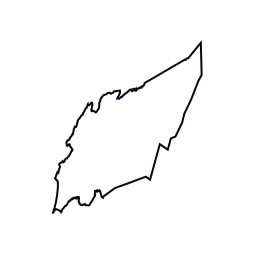 Húnavatnshreppur, Norðurland vestra, Iceland, rotated 285°
{"feature_id": "244011B27584551294957", "entity_name": "Húnavatnshreppur", "entity_type": "district", "adm_level": 2, "iso_a3": "ISL", "parent_name": "Iceland", "parent_adm1": "Norðurland vestra", "projection": "equal_earth", "projection_center": [-19.834, 65.207], "detail": "fine", "context": "isolated", "style": "outline", "palette": "ink", "viewbox_px": 256, "rotation_deg": 285, "n_neighbors": 0, "source": "geoboundaries", "source_scale": "gbopen_adm2", "svg_char_len": 5238}
<svg xmlns="http://www.w3.org/2000/svg" viewBox="0 0 256 256"><g transform="rotate(285 128 128)"><path d="M117.4,172.0L129.1,172.1L131.9,176.0L147.1,178.9L156.4,178.7L172.2,181.7L191.8,183.8L198.3,185.4L229.2,176.3L211.0,168.1L210.9,167.4L210.7,167.2L210.1,166.8L209.4,166.3L208.7,166.1L208.7,165.9L208.8,165.8L208.9,165.3L208.7,165.1L208.6,164.9L208.4,164.8L207.8,164.2L207.6,164.1L198.2,154.7L175.7,132.4L174.4,132.5L172.9,132.0L172.4,131.9L171.9,131.5L171.9,131.4L172.1,131.3L172.1,131.0L171.6,130.7L171.5,130.4L171.3,130.4L171.5,130.4L171.4,130.3L171.2,130.3L171.0,130.2L170.8,130.3L170.8,130.2L170.5,130.2L170.1,129.9L170.0,129.6L169.9,129.5L170.1,129.3L170.1,129.2L169.8,129.2L169.4,128.7L169.6,128.6L169.4,128.4L169.2,127.9L168.9,127.8L168.9,127.6L168.5,127.2L168.3,127.1L168.0,126.9L167.6,126.6L167.3,126.5L167.7,126.3L167.8,126.2L167.2,125.8L166.6,125.7L166.9,125.6L166.4,125.5L166.5,125.3L166.5,125.2L166.1,125.2L166.5,125.1L166.1,125.0L166.1,124.9L166.8,125.0L167.0,124.9L167.1,124.6L167.0,124.4L167.5,124.1L167.4,123.9L167.0,123.7L166.7,123.2L166.3,123.1L166.7,122.9L166.4,122.7L165.8,122.5L164.9,122.4L164.7,122.2L165.1,121.9L165.8,121.5L165.4,121.2L165.3,120.8L165.7,120.6L165.6,120.1L165.4,119.8L164.8,119.6L163.9,119.0L163.4,118.8L162.9,118.4L162.3,118.1L161.7,117.4L160.9,117.1L160.6,116.7L160.2,116.5L159.9,116.2L160.0,116.0L158.6,115.3L158.4,115.0L157.8,114.8L157.8,114.6L157.6,114.4L156.9,114.3L156.7,114.2L156.8,114.0L156.1,113.6L156.0,113.4L156.0,113.1L155.3,112.8L154.7,112.3L154.1,111.9L153.9,111.7L153.9,111.4L154.3,111.1L153.9,110.9L153.9,110.4L154.0,110.2L153.9,110.0L154.9,110.2L157.4,110.8L159.6,111.2L160.1,111.2L160.7,111.0L162.0,110.5L159.7,104.9L158.3,104.6L158.0,104.2L157.8,103.7L156.7,102.6L157.4,101.3L157.3,100.9L156.9,99.8L155.9,98.7L154.9,98.2L153.3,95.7L149.7,94.2L149.3,94.1L148.3,94.1L146.0,94.2L144.7,93.7L141.3,94.7L140.2,94.7L139.3,94.6L136.6,93.8L135.3,93.3L134.8,93.0L134.7,92.5L134.9,92.1L135.0,91.8L135.3,91.3L135.5,90.0L135.6,89.6L135.1,89.3L134.9,88.9L135.0,88.8L135.3,88.6L135.2,88.4L135.4,88.3L135.4,88.2L136.5,87.8L137.8,87.9L138.5,87.8L141.5,87.5L142.6,87.1L142.9,86.9L143.1,86.4L143.1,86.2L142.9,86.0L142.0,85.7L141.1,85.3L139.9,84.4L139.9,84.0L140.1,83.1L140.4,83.0L140.1,82.9L139.4,82.9L138.7,83.1L137.2,82.9L136.8,82.7L136.7,82.5L136.0,82.1L134.0,81.6L132.4,81.4L131.2,80.9L130.7,80.9L130.2,80.6L129.7,80.6L128.9,80.8L128.7,80.6L128.6,80.3L128.4,80.2L127.4,79.5L126.5,79.2L125.7,79.0L125.1,78.8L122.6,77.6L122.1,77.6L120.5,77.7L119.5,77.5L118.2,77.8L115.9,77.7L115.7,77.6L115.8,77.0L115.7,76.8L115.4,76.6L115.5,76.4L114.3,76.3L112.9,76.0L112.3,76.0L110.4,76.2L107.4,76.3L107.3,76.1L107.3,75.8L105.3,75.3L103.7,74.6L102.7,74.6L102.1,74.3L101.7,74.3L101.7,74.1L101.4,73.9L101.3,73.7L100.9,73.5L100.5,73.3L100.5,73.2L100.4,73.1L100.2,72.8L99.4,72.7L99.1,72.5L98.8,72.5L98.7,72.2L97.5,72.5L95.6,73.3L95.0,73.8L95.0,74.0L95.8,74.4L95.9,75.1L96.2,75.2L97.3,75.4L97.9,75.3L97.5,75.5L96.9,76.0L95.7,76.6L95.2,76.9L95.0,77.1L94.8,77.6L93.4,79.3L92.9,79.8L92.4,80.1L91.7,80.0L91.5,79.8L91.4,79.5L91.2,79.5L90.5,79.4L89.8,79.1L88.0,78.9L87.3,78.7L86.8,78.4L85.4,78.1L85.2,78.0L85.1,77.7L84.9,77.5L83.6,77.3L82.7,76.9L82.6,76.4L82.3,76.0L81.9,75.7L80.9,75.3L80.1,75.3L78.8,75.0L78.6,74.8L78.7,74.5L78.7,74.3L78.2,74.0L78.2,73.9L78.2,73.7L78.7,73.4L77.4,72.9L77.3,72.6L77.4,72.3L77.3,72.2L76.4,71.4L75.3,70.8L72.9,72.4L69.7,72.1L67.1,72.3L67.2,72.1L66.8,72.1L67.1,71.3L60.4,70.6L60.4,70.9L60.2,71.2L59.2,72.3L59.2,72.7L58.9,73.1L58.8,73.5L58.6,73.7L57.8,73.9L56.5,74.6L52.7,75.6L49.8,76.1L44.5,76.9L37.7,77.6L32.1,77.7L29.8,77.5L29.4,77.6L29.0,77.7L28.6,77.5L26.8,77.5L26.9,77.8L27.2,77.9L28.7,77.7L29.4,77.8L29.5,77.9L29.1,78.2L29.1,78.4L30.1,78.5L31.0,78.9L31.0,79.0L30.7,79.3L31.0,79.9L30.9,80.2L30.9,80.9L30.8,81.8L30.6,82.5L30.5,83.7L30.4,83.9L29.4,84.7L29.2,85.0L29.2,85.3L29.7,85.4L31.1,85.4L32.0,85.6L35.6,87.1L36.6,87.7L37.2,88.3L37.7,88.7L42.1,89.9L42.4,90.3L42.2,90.4L42.2,90.5L42.7,90.7L42.9,90.7L43.0,91.0L43.8,91.2L43.7,91.4L43.8,91.5L44.1,91.5L44.2,91.4L44.3,91.4L44.4,91.7L44.2,91.9L44.3,92.2L44.6,92.3L44.9,92.2L45.6,92.4L45.8,92.8L45.6,93.1L46.3,93.3L46.2,93.7L46.4,94.0L46.6,94.2L46.4,94.4L46.5,94.5L46.8,94.7L47.0,95.0L47.2,95.3L47.5,95.7L47.5,95.9L47.3,96.0L47.9,96.3L47.9,96.5L47.7,96.6L48.0,96.8L48.1,97.1L47.8,97.2L48.1,97.3L48.0,97.5L48.3,97.7L48.3,97.8L48.2,98.0L48.4,98.3L48.4,98.5L46.9,99.0L45.9,99.1L44.2,99.4L44.0,99.7L43.6,100.0L43.5,100.3L42.9,100.6L42.4,100.8L42.0,101.1L41.9,102.2L41.4,102.7L41.4,103.0L42.0,104.5L42.6,104.9L42.9,105.2L43.4,106.0L42.7,106.7L42.4,107.2L42.5,107.5L42.9,108.3L42.9,109.6L43.0,109.9L43.4,110.5L44.0,110.9L45.7,111.2L46.8,111.7L48.8,112.3L52.8,113.2L53.5,113.6L54.3,113.7L55.0,113.6L55.2,113.3L55.1,113.1L55.3,113.0L56.0,113.0L57.9,112.5L58.3,112.6L58.5,112.5L58.7,112.8L58.8,113.0L59.0,113.2L58.8,113.3L59.0,113.4L58.9,113.5L59.1,113.7L59.4,113.7L59.5,113.9L59.0,114.4L59.0,114.5L58.8,114.6L58.7,114.6L59.0,114.7L58.8,114.8L59.0,114.9L59.2,115.2L59.4,115.2L59.4,115.3L59.8,115.6L59.9,115.9L60.2,116.2L59.3,117.0L59.2,117.4L59.5,117.6L58.7,118.0L54.6,120.4L54.3,120.9L54.2,122.0L55.6,122.1L66.7,131.0L76.3,144.8L83.4,154.7L85.6,158.0L83.7,162.7L120.6,162.9L117.4,172.0Z" fill="none" stroke="#020617" stroke-width="2"/></g></svg>